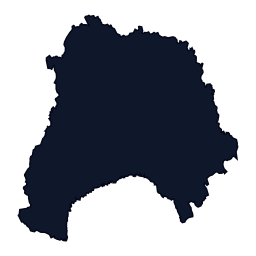 Ihosy, Ihorombe, Madagascar (Natural Earth projection)
{"feature_id": "10022922B7074189327891", "entity_name": "Ihosy", "entity_type": "district", "adm_level": 2, "iso_a3": "MDG", "parent_name": "Madagascar", "parent_adm1": "Ihorombe", "projection": "natural_earth1", "projection_center": [45.83, -22.367], "detail": "fine", "context": "isolated", "style": "filled", "palette": "ink", "viewbox_px": 256, "rotation_deg": 0, "n_neighbors": 0, "source": "geoboundaries", "source_scale": "gbopen_adm2", "svg_char_len": 5744}
<svg xmlns="http://www.w3.org/2000/svg" viewBox="0 0 256 256"><path d="M168.0,37.9L164.8,36.8L162.9,37.3L161.3,36.8L158.7,35.1L158.2,33.2L157.6,32.7L155.8,33.6L154.0,32.5L152.0,33.9L150.1,34.3L148.6,32.0L146.8,32.7L144.6,32.5L143.7,33.3L142.2,33.4L142.6,30.6L141.7,26.9L139.5,26.4L138.7,26.6L139.0,29.2L138.0,30.3L137.3,30.5L135.1,29.3L133.5,32.9L130.0,33.4L128.7,35.8L125.5,36.6L123.7,35.4L120.4,37.1L119.8,35.0L116.7,33.6L114.4,28.9L111.9,27.6L111.2,25.5L110.4,25.2L109.6,26.9L107.5,24.4L105.2,25.1L102.6,24.7L101.7,24.1L101.6,22.9L100.6,21.6L100.2,19.9L98.6,18.4L97.9,16.6L94.7,18.0L94.1,17.7L94.1,16.3L93.5,15.7L90.5,16.4L88.8,15.4L87.9,16.0L85.5,16.5L84.9,17.5L88.8,25.3L84.7,24.6L83.5,25.1L81.6,23.6L80.2,24.7L80.2,25.7L78.5,27.0L77.1,26.8L75.1,27.7L74.3,26.0L73.5,25.5L72.2,26.6L72.5,28.4L72.0,30.2L69.9,32.6L66.6,37.7L64.6,42.0L64.1,44.7L65.5,47.5L65.3,52.0L64.6,52.4L63.8,54.5L62.3,55.4L62.1,56.3L62.7,57.5L61.7,58.1L59.7,57.4L57.8,57.5L57.1,56.5L56.1,56.3L54.6,57.2L53.4,57.1L52.4,58.0L51.3,57.9L49.5,55.6L46.5,57.9L46.4,60.4L48.0,68.3L50.5,68.4L51.7,69.2L52.5,67.2L54.0,65.7L54.7,70.4L56.1,73.0L56.6,73.1L56.3,73.6L56.6,77.1L56.2,79.2L54.4,82.8L56.2,83.8L56.2,89.2L57.3,92.5L58.2,92.9L58.7,93.9L59.4,93.9L59.2,95.8L56.7,98.1L55.8,98.5L55.4,99.6L57.2,102.8L57.1,105.0L56.0,106.5L55.8,108.3L54.2,108.2L53.2,107.1L51.6,108.9L51.4,110.2L52.2,110.7L52.2,111.8L50.3,111.9L50.3,114.3L49.6,115.3L50.4,115.4L49.9,117.2L50.3,118.6L49.1,118.7L51.4,122.4L50.9,122.8L51.1,125.4L48.9,127.0L47.6,126.5L47.4,127.9L46.2,129.4L46.3,130.1L45.1,131.0L45.7,131.2L45.8,133.1L45.3,134.3L45.8,135.6L44.7,136.1L44.0,137.7L42.9,138.5L40.7,144.9L35.7,146.4L34.9,149.0L33.4,149.9L32.4,155.6L30.8,156.5L30.1,158.9L30.3,160.2L29.8,164.4L30.1,165.8L29.7,167.5L27.9,169.2L24.7,174.6L24.7,175.8L25.4,176.7L26.4,180.0L25.6,181.9L26.7,182.6L26.9,184.0L26.1,185.7L23.9,186.9L23.5,188.3L25.0,190.8L24.7,193.0L26.5,194.6L28.6,195.3L28.7,198.5L29.6,202.7L30.7,204.2L30.8,205.7L29.9,207.2L27.8,207.6L26.7,208.5L19.8,209.6L19.3,214.4L18.4,215.3L21.6,221.9L23.0,221.8L24.8,223.9L26.0,224.1L27.3,226.2L29.3,227.5L30.7,230.8L34.3,231.7L36.1,230.3L37.5,230.4L40.5,232.1L45.2,232.4L49.5,234.5L51.1,237.7L54.3,236.3L54.3,237.7L57.4,239.3L58.5,239.2L59.2,239.9L60.1,239.9L61.3,239.0L63.0,240.4L64.5,240.6L63.5,239.4L65.2,239.2L65.7,239.5L65.9,240.6L66.4,240.6L67.4,237.3L66.5,234.3L67.0,230.5L66.4,229.3L66.8,228.3L66.4,226.6L66.6,221.9L67.4,220.9L67.2,217.8L67.9,216.2L68.0,212.8L67.6,211.8L68.5,210.6L70.1,211.2L70.7,210.8L69.7,208.1L71.1,206.8L70.4,206.5L70.2,205.6L71.0,206.1L71.4,205.8L71.0,204.0L71.8,201.9L73.1,203.4L73.8,203.2L74.1,202.0L75.9,201.0L75.8,198.3L76.5,199.3L79.9,200.0L80.3,197.7L80.9,196.8L81.7,196.3L83.3,197.0L84.3,195.5L85.9,195.5L85.9,194.0L86.7,192.8L88.3,193.3L89.5,191.9L91.1,192.1L91.5,190.5L93.3,190.3L94.1,187.5L95.8,187.9L98.9,187.1L101.2,185.1L102.3,186.3L102.7,185.8L102.2,184.9L102.5,183.9L103.9,185.8L104.3,185.5L104.0,184.3L104.3,183.8L107.5,184.9L107.8,183.3L109.4,183.4L109.4,181.9L111.1,182.5L112.0,180.9L112.9,181.6L113.0,182.8L115.6,182.7L116.5,180.5L118.0,179.8L119.1,178.5L120.1,178.4L120.3,177.7L121.0,178.1L121.6,176.7L123.2,177.7L124.5,177.5L124.2,176.0L125.3,176.4L127.9,176.1L128.7,174.7L129.9,175.1L130.8,174.1L131.5,174.9L132.8,174.8L133.2,176.1L134.4,176.4L135.1,174.9L135.7,175.9L136.5,174.4L137.2,174.1L138.2,175.5L139.5,175.7L140.4,174.1L141.2,175.0L140.5,176.1L143.3,176.5L144.3,175.0L144.4,177.4L145.4,177.1L146.4,177.8L147.5,177.1L148.0,178.6L149.4,179.5L150.8,181.4L153.8,182.1L154.3,183.7L155.1,184.0L154.7,184.8L156.7,184.7L157.6,191.7L158.4,192.8L160.6,193.6L161.2,195.1L161.8,195.1L161.9,196.3L163.2,197.4L164.2,196.1L166.9,196.7L168.2,198.6L169.3,198.5L171.5,200.0L172.7,199.0L174.1,199.3L174.3,202.7L175.5,205.3L176.0,207.9L177.3,209.4L177.7,211.4L180.2,216.4L180.5,217.5L180.0,217.1L179.8,217.5L180.9,220.1L180.6,220.9L182.4,222.6L184.7,222.0L186.0,219.7L187.8,218.1L189.3,217.3L192.5,216.7L192.9,216.0L192.6,215.7L192.6,213.8L191.2,210.3L190.9,207.6L189.8,206.2L188.3,202.8L191.2,201.2L193.2,202.2L194.1,201.4L195.5,205.0L197.3,206.6L198.2,207.0L201.0,205.7L201.3,204.3L202.2,203.7L202.3,200.9L203.8,200.5L204.5,198.9L205.5,198.5L205.1,196.6L208.3,195.0L206.5,188.9L204.0,185.1L205.0,183.1L207.0,185.3L208.4,184.1L206.8,179.2L207.1,178.0L209.6,175.8L212.3,174.9L215.6,172.0L217.3,171.8L219.2,173.3L221.9,173.1L223.3,172.3L223.4,171.3L224.2,171.9L224.6,173.5L226.7,171.6L224.0,168.7L223.0,165.9L222.8,163.9L223.4,161.0L225.0,159.8L227.3,160.4L227.7,159.9L229.6,159.6L231.4,158.4L232.1,156.9L234.0,156.1L237.0,158.9L236.0,151.8L237.6,147.1L237.6,146.1L237.1,145.4L237.2,143.2L236.4,139.6L232.4,137.8L231.5,136.0L229.5,135.2L229.3,133.7L228.4,132.7L226.3,132.5L226.2,133.4L225.0,134.5L224.2,134.1L224.3,132.7L223.6,131.4L222.7,131.8L222.9,132.3L221.7,131.7L221.3,132.1L221.3,129.4L219.5,128.0L218.5,126.2L219.2,123.9L218.7,123.2L217.5,123.1L216.6,122.1L217.8,120.7L218.6,116.0L218.5,114.6L216.5,113.1L217.0,112.4L216.3,110.5L216.9,108.3L216.7,107.0L214.5,105.2L213.5,101.5L212.4,100.9L213.4,98.9L212.9,95.4L213.3,94.7L212.4,94.8L211.9,93.9L213.1,93.7L214.2,91.7L214.1,90.2L213.6,89.7L211.8,89.7L212.1,88.0L211.4,86.9L211.8,85.9L210.1,84.0L207.0,84.4L206.2,86.8L205.6,87.2L205.1,86.6L204.2,83.1L201.8,82.0L201.8,80.8L200.6,79.0L200.8,76.1L202.9,72.6L202.8,70.9L201.5,68.5L202.8,63.8L202.4,63.4L201.8,63.6L201.4,65.9L200.6,66.2L200.4,64.7L199.7,63.9L196.8,62.9L196.1,62.2L196.2,57.0L195.4,55.9L194.1,55.5L193.6,54.7L194.6,51.9L194.4,50.7L193.4,51.2L192.0,47.9L191.3,48.9L190.3,48.6L190.8,50.2L187.8,50.5L186.9,47.4L188.1,43.3L186.0,41.3L183.0,42.5L181.8,42.4L181.1,41.3L180.0,40.9L179.7,42.8L178.7,43.5L177.0,42.4L176.9,40.0L174.7,37.4L172.8,36.9L168.0,37.9Z" fill="#0f172a" stroke="#020617" stroke-width="1.5"/></svg>